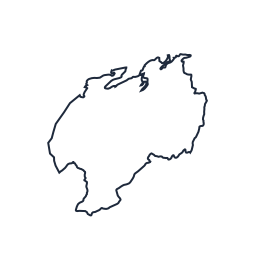 an SVG outline of Sofia, rotated 43°
{"feature_id": "MDG-5880", "entity_name": "Sofia", "entity_type": "Autonomous Province", "adm_level": 1, "iso_a3": "MDG", "parent_name": "Madagascar", "parent_adm1": "", "projection": "equal_earth", "projection_center": [48.484, -15.315], "detail": "fine", "context": "isolated", "style": "outline", "palette": "slate", "viewbox_px": 256, "rotation_deg": 43, "n_neighbors": 0, "source": "natural_earth", "source_scale": "10m", "svg_char_len": 5794}
<svg xmlns="http://www.w3.org/2000/svg" viewBox="0 0 256 256"><g transform="rotate(43 128 128)"><path d="M70.3,136.9L71.9,137.6L73.6,136.7L74.4,136.0L74.6,134.9L74.4,134.5L73.2,134.2L72.8,133.8L72.6,133.5L71.8,131.5L71.1,127.3L71.1,126.9L71.0,126.7L70.3,126.7L69.9,126.8L68.5,127.6L68.3,126.8L68.4,126.0L68.9,124.4L67.7,124.5L67.3,124.2L67.0,122.9L66.1,122.2L65.8,121.7L65.7,120.2L66.1,118.7L67.5,116.3L69.1,114.4L71.2,112.6L73.1,110.4L74.1,106.5L74.8,105.3L77.3,102.3L78.3,101.5L79.4,101.0L80.6,100.8L81.2,100.1L81.4,98.6L81.0,97.2L80.2,97.0L79.7,97.6L79.4,98.6L78.9,99.0L78.1,99.1L77.6,98.7L76.9,97.2L77.2,97.2L78.7,94.1L84.8,85.6L85.5,84.9L85.8,85.2L86.3,86.7L87.3,88.2L87.4,88.9L87.2,93.0L87.4,94.0L88.2,94.7L88.4,95.4L87.7,97.2L84.9,101.5L84.1,103.1L83.6,105.1L83.1,113.2L83.3,114.0L84.0,114.5L84.6,114.3L86.2,113.2L86.7,112.7L87.6,110.9L88.0,109.0L88.7,107.3L90.1,105.8L90.6,106.4L90.8,105.8L90.7,104.0L91.0,102.9L94.5,94.1L94.8,92.2L95.0,91.4L96.6,89.2L96.7,88.7L96.7,87.5L96.9,87.0L98.4,85.8L99.5,84.1L100.0,83.2L100.2,82.2L100.5,81.2L101.9,80.0L102.2,78.6L104.2,82.4L105.2,83.5L107.4,84.5L107.9,85.0L108.2,85.8L108.1,87.3L108.3,88.1L109.0,87.1L109.0,85.6L108.6,84.2L107.9,83.5L109.3,82.1L110.6,82.3L111.6,83.7L112.0,85.8L111.9,90.3L112.2,91.6L113.0,89.9L113.3,88.0L113.2,85.3L112.8,82.8L111.8,81.8L111.1,81.5L109.4,79.3L108.5,78.6L107.8,78.8L106.2,80.0L105.6,80.3L104.9,80.5L104.3,80.3L103.5,79.5L102.8,77.6L102.5,77.2L101.1,79.8L100.5,80.5L100.0,80.9L99.7,80.4L98.4,77.2L99.0,76.3L99.1,75.9L99.0,75.2L98.6,74.5L97.8,72.2L97.8,71.8L98.1,71.4L97.4,70.7L97.5,67.8L97.8,65.6L98.4,63.5L99.4,61.8L100.6,60.8L101.0,60.3L101.1,59.2L101.2,57.3L101.4,56.6L101.8,55.9L103.0,55.4L105.3,57.6L106.9,57.4L107.5,57.2L108.5,57.4L108.9,57.2L109.4,56.5L109.7,55.4L109.9,53.3L109.7,51.8L109.3,50.0L108.5,48.4L107.5,47.7L108.2,46.7L109.2,47.1L111.3,49.1L112.5,49.8L112.8,50.4L112.9,51.2L112.1,52.5L111.9,53.3L111.8,55.0L111.1,58.5L110.9,60.2L111.0,61.8L111.3,62.6L112.0,62.6L112.3,62.1L112.3,60.0L113.8,58.5L113.8,57.9L113.0,56.5L112.8,55.7L112.7,54.9L113.0,53.5L114.3,51.1L114.6,49.7L114.6,48.1L114.5,46.6L114.1,45.4L113.7,45.3L114.6,44.2L114.7,43.6L114.1,42.6L114.1,42.2L114.3,42.0L115.6,41.5L116.1,40.9L116.2,40.4L116.2,40.1L115.9,38.7L116.1,38.1L118.2,36.8L119.8,35.2L121.7,34.1L123.3,32.5L124.1,32.1L124.3,32.1L124.5,32.3L124.7,32.8L124.6,33.6L122.6,37.0L121.5,38.2L121.3,38.5L121.0,40.3L121.1,42.0L121.6,42.5L122.1,42.6L122.7,42.4L123.2,41.6L123.4,41.5L123.7,41.7L124.4,42.6L125.6,44.8L127.8,46.4L129.5,48.2L130.7,49.0L131.8,49.3L132.8,48.8L134.0,48.6L134.8,48.3L136.2,47.4L137.4,46.2L137.9,45.9L138.3,46.2L138.9,46.7L140.7,49.5L141.0,49.8L143.2,50.8L146.8,54.3L147.0,54.5L147.6,54.4L148.6,54.0L149.8,53.8L150.7,53.2L151.0,53.2L151.3,53.6L152.4,55.7L152.5,56.0L152.6,56.9L152.9,57.3L153.2,57.3L154.1,56.1L155.4,55.0L156.6,54.3L158.3,51.4L160.0,50.6L160.7,50.8L161.6,51.5L162.8,51.8L163.4,52.0L166.0,54.0L166.7,54.0L167.1,54.3L167.4,55.4L168.0,58.0L169.1,59.5L169.6,60.7L170.9,62.0L172.7,64.3L174.3,65.9L175.1,67.8L176.0,69.4L177.0,70.6L178.3,71.2L179.0,72.1L180.0,72.7L180.9,73.8L181.0,74.1L181.1,74.5L181.2,75.1L181.1,75.5L180.9,75.8L180.3,76.4L179.8,77.1L179.4,78.0L179.4,78.3L179.6,78.7L180.4,79.7L182.1,82.7L183.8,88.0L183.9,88.6L183.7,90.0L184.9,94.0L185.7,95.1L187.1,96.2L189.4,100.3L189.8,101.2L190.3,103.5L189.9,103.4L189.0,103.9L188.0,105.8L187.6,106.1L187.3,106.3L186.2,106.0L184.7,104.7L184.2,104.8L184.1,105.1L183.9,106.4L183.9,106.8L184.3,108.3L184.3,109.1L184.2,109.9L183.6,112.2L183.7,113.0L183.9,114.1L184.0,114.9L183.8,116.2L183.5,116.9L183.1,117.3L182.4,117.6L181.2,117.4L180.2,116.9L179.9,116.9L179.7,117.1L179.5,117.4L179.5,118.9L180.0,120.0L180.1,121.2L180.1,121.6L179.8,122.6L179.2,123.4L178.8,123.5L177.7,123.1L177.2,123.1L176.9,123.3L176.3,124.1L175.5,124.6L174.1,125.7L173.3,125.9L172.4,125.8L171.6,126.2L170.9,126.8L170.0,128.2L168.4,128.9L167.0,129.9L166.5,130.0L165.3,129.9L163.2,130.4L162.6,130.5L162.2,131.3L162.1,132.7L162.5,134.1L162.7,135.7L163.1,136.5L163.5,136.9L164.1,137.1L165.4,136.9L166.3,137.5L167.2,137.3L167.4,137.8L167.0,138.8L166.5,139.7L165.7,140.6L165.4,141.5L165.3,142.3L165.7,143.9L165.7,144.6L164.9,152.7L164.2,156.4L164.3,157.6L165.3,159.5L165.7,160.8L166.0,162.1L166.6,165.9L166.6,167.2L166.5,167.8L165.8,169.4L165.1,170.6L163.9,172.3L163.3,173.8L162.8,175.7L162.3,178.2L161.6,180.2L161.6,180.8L161.7,181.2L162.0,181.6L166.6,184.4L168.1,184.7L170.1,184.9L171.2,185.3L171.5,185.7L171.6,186.1L171.7,187.9L172.0,188.9L172.1,189.6L171.8,191.0L168.9,197.9L168.6,198.7L168.6,199.4L168.4,200.2L167.6,201.6L166.6,202.6L164.7,203.9L163.5,204.3L163.3,204.6L163.1,205.4L163.1,206.9L162.7,208.3L162.1,209.6L161.3,211.7L160.2,213.1L159.9,213.5L159.8,214.2L159.8,215.0L160.6,216.6L160.6,217.0L160.4,217.3L159.7,217.7L157.2,218.3L155.4,217.6L153.4,217.9L148.9,221.8L147.6,223.3L146.7,223.9L146.1,223.8L145.7,223.4L144.2,220.4L143.6,218.5L143.4,217.7L143.5,216.5L143.8,215.1L144.6,213.4L144.8,212.7L144.9,212.0L144.7,211.3L144.0,210.4L143.8,209.8L143.7,207.1L143.7,206.7L143.2,205.6L143.0,204.3L142.2,203.6L141.7,202.3L141.4,201.8L140.6,201.0L139.6,200.4L138.1,199.7L137.2,199.0L135.8,196.6L134.9,195.6L134.4,195.5L133.3,195.8L132.3,195.8L131.8,196.0L131.6,195.9L131.4,195.4L131.3,194.1L131.1,193.5L129.9,193.2L129.4,192.9L128.2,191.7L127.5,190.4L126.9,189.7L126.5,189.4L125.4,189.5L124.2,189.3L121.8,189.9L120.6,190.6L119.8,190.8L118.8,191.3L118.4,191.4L117.2,191.3L116.0,190.6L114.8,190.6L113.5,190.1L113.0,190.1L112.2,190.6L111.3,190.1L111.1,190.3L111.0,190.6L111.0,191.9L110.8,192.3L109.4,193.9L108.8,195.4L108.8,196.4L109.1,198.7L109.2,200.1L108.8,204.0L108.4,205.5L108.2,207.5L100.7,204.9L96.4,202.4L93.9,199.9L88.4,199.9L79.8,193.3L79.2,187.5L76.1,181.7L72.4,174.3L70.5,160.2L68.6,149.4L70.3,136.9Z" fill="none" stroke="#1e293b" stroke-width="2"/></g></svg>